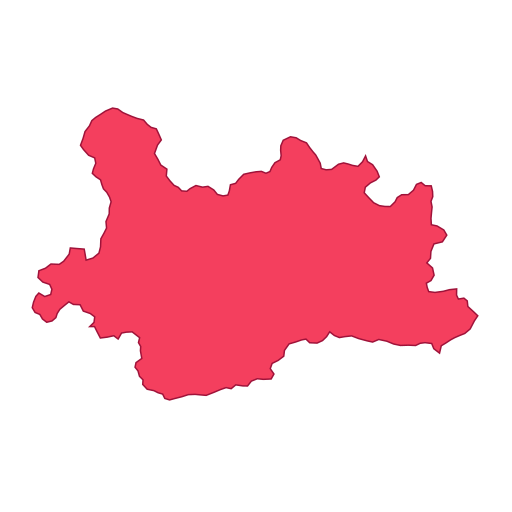 outline of Conceição do Castelo, Espírito Santo, Brazil, rotated 271°
{"feature_id": "56859067B68832214291325", "entity_name": "Conceição do Castelo", "entity_type": "district", "adm_level": 2, "iso_a3": "BRA", "parent_name": "Brazil", "parent_adm1": "Espírito Santo", "projection": "mercator", "projection_center": [-41.26, -20.375], "detail": "fine", "context": "isolated", "style": "filled", "palette": "rose", "viewbox_px": 512, "rotation_deg": 271, "n_neighbors": 0, "source": "geoboundaries", "source_scale": "gbopen_adm2", "svg_char_len": 3414}
<svg xmlns="http://www.w3.org/2000/svg" viewBox="0 0 512 512"><g transform="rotate(271 256 256)"><path d="M287.8,105.4L281.3,106.1L276.1,103.6L270.5,100.6L262.4,100.4L256.1,98.9L251.1,93.0L248.9,86.2L254.8,85.1L259.9,84.1L260.4,75.9L260.8,70.2L254.6,69.2L247.4,63.8L244.2,59.4L244.4,51.1L240.1,45.7L237.5,39.2L230.7,38.4L226.2,43.3L224.0,50.2L219.2,52.5L213.9,51.4L211.8,45.5L215.2,39.5L211.8,36.6L206.0,34.4L200.4,33.2L195.7,36.1L193.8,40.9L189.3,43.6L186.1,47.9L187.5,53.2L190.9,57.0L195.0,58.2L199.3,60.8L203.3,65.4L206.9,69.7L204.4,74.3L204.2,81.0L197.9,84.3L195.6,91.3L192.4,95.8L186.8,95.2L182.5,91.0L182.6,95.8L177.6,98.4L171.3,101.8L172.3,108.8L173.8,115.2L170.6,119.6L176.6,122.9L177.6,127.7L178.0,133.5L175.3,137.1L172.3,141.1L167.4,140.0L163.5,142.3L159.2,142.1L151.6,143.6L147.3,137.9L142.7,137.0L139.1,140.0L133.7,141.6L130.2,145.2L125.6,145.0L120.9,149.5L119.6,156.3L117.6,160.4L116.3,165.1L112.0,167.3L110.6,172.1L112.0,176.9L114.0,184.3L116.2,190.7L116.6,197.5L116.2,202.6L115.8,208.6L119.0,216.4L121.8,222.7L123.9,228.4L122.9,233.5L126.8,238.0L125.9,245.1L125.9,249.8L130.8,253.5L133.3,259.4L132.8,265.4L133.3,273.3L138.3,276.0L143.6,272.2L148.9,274.0L152.0,280.0L156.3,285.5L162.1,286.1L168.7,290.6L170.7,297.1L172.9,303.1L173.8,307.4L170.2,311.2L170.0,318.6L172.6,324.0L176.6,328.0L181.5,331.0L177.9,335.7L175.9,340.8L176.9,346.0L177.8,353.0L175.2,360.2L173.1,368.6L172.0,374.1L174.7,380.2L173.1,388.3L170.4,395.2L169.1,402.0L169.5,409.9L169.3,417.1L171.6,421.7L172.3,426.5L171.6,433.2L166.4,435.4L162.1,441.2L169.5,442.8L172.3,447.3L175.6,452.1L177.9,456.2L180.2,461.3L182.2,466.1L186.8,471.4L195.0,475.5L200.1,478.8L203.7,474.9L209.2,468.7L214.8,468.0L217.5,464.6L216.5,459.1L220.4,457.2L226.6,457.2L225.7,450.0L224.0,444.0L222.7,435.6L223.4,429.3L227.6,427.7L231.8,426.8L234.5,431.4L239.9,434.4L247.1,432.7L252.1,426.9L256.7,430.5L263.6,430.8L271.2,433.7L273.4,442.1L280.2,446.4L285.3,443.3L289.2,436.5L290.3,430.8L296.6,430.3L303.4,430.8L308.1,431.2L313.7,430.0L318.4,431.7L323.6,431.4L329.2,430.0L329.2,423.9L332.4,419.9L330.4,415.2L324.5,412.3L320.0,407.2L319.8,400.6L316.9,396.2L312.6,394.1L307.8,389.4L307.8,383.9L308.5,378.5L311.3,372.7L316.4,367.6L321.1,363.1L326.7,364.1L331.1,369.1L334.0,374.6L337.3,377.9L342.9,375.6L349.3,371.0L352.4,365.8L358.0,363.8L352.1,360.9L347.4,356.4L348.3,350.8L349.6,346.5L350.6,342.0L349.2,336.9L343.9,330.1L343.4,324.6L344.6,319.7L349.9,318.6L354.5,316.0L358.1,313.9L361.2,311.1L365.4,307.7L370.0,304.5L372.3,298.5L374.9,294.1L375.8,288.4L372.2,281.2L366.6,278.9L362.1,278.8L356.7,279.4L352.6,278.6L349.6,273.3L344.9,270.2L340.7,268.5L338.9,264.5L340.7,259.9L340.2,254.6L339.1,248.9L337.5,242.3L332.4,237.4L328.3,234.4L326.8,229.2L320.6,228.2L316.4,226.8L315.5,222.0L316.9,216.3L321.3,212.6L324.8,206.8L323.9,201.4L325.4,194.7L322.2,188.9L319.5,185.7L319.8,180.5L323.3,177.1L325.2,172.8L329.8,168.5L334.4,164.9L341.3,165.4L345.3,159.2L350.8,156.3L356.7,152.7L365.2,155.6L370.4,159.3L376.5,156.5L381.4,154.1L382.8,148.8L385.7,145.0L390.0,141.2L391.5,134.7L393.4,129.3L395.1,125.1L397.1,120.3L400.6,115.2L401.4,110.0L398.3,103.0L394.7,97.8L391.7,93.2L388.5,89.5L383.2,87.2L377.5,82.9L370.4,81.0L363.6,78.6L359.4,81.7L353.8,86.9L351.3,93.0L345.9,94.2L340.3,92.0L335.8,90.9L332.4,94.6L329.5,99.2L324.9,100.6L320.5,102.3L317.1,105.7L312.4,108.5L307.7,110.2L301.4,108.5L295.5,108.5L287.8,105.4Z" fill="#f43f5e" stroke="#9f1239" stroke-width="1.5"/></g></svg>